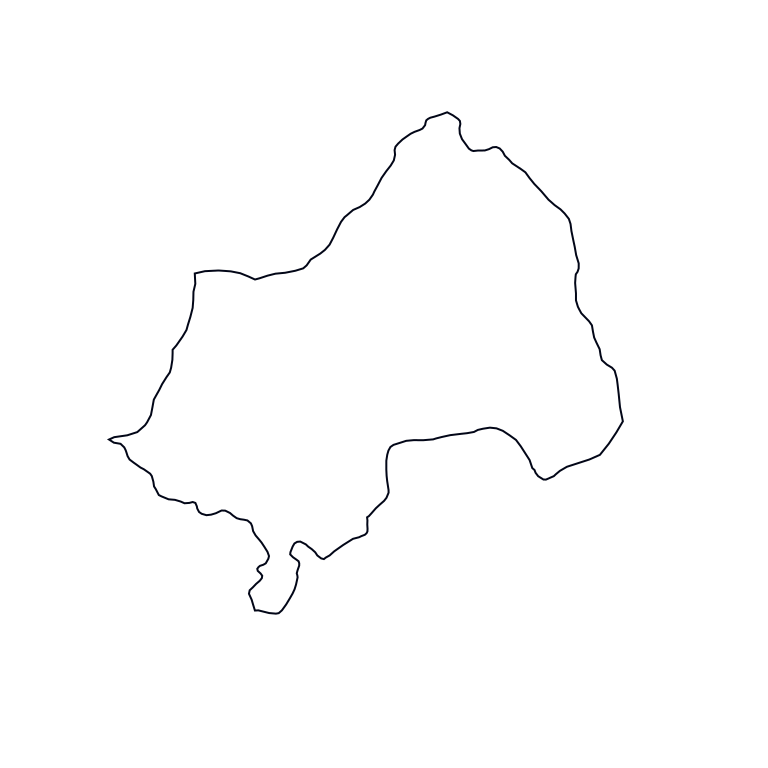 Trashiding, Daga, Bhutan, rotated 35°
{"feature_id": "84629894B27572863852317", "entity_name": "Trashiding", "entity_type": "district", "adm_level": 2, "iso_a3": "BTN", "parent_name": "Bhutan", "parent_adm1": "Daga", "projection": "albers", "projection_center": [89.999, 26.91], "detail": "fine", "context": "isolated", "style": "outline", "palette": "ink", "viewbox_px": 768, "rotation_deg": 35, "n_neighbors": 0, "source": "geoboundaries", "source_scale": "gbopen_adm2", "svg_char_len": 3957}
<svg xmlns="http://www.w3.org/2000/svg" viewBox="0 0 768 768"><g transform="rotate(35 384 384)"><path d="M601.1,277.6L590.6,267.6L582.0,257.6L575.8,250.6L571.7,246.1L565.3,240.8L561.4,239.9L555.4,240.3L548.8,239.5L545.0,236.3L540.7,231.8L534.2,228.2L529.5,225.4L525.1,221.2L520.7,216.7L516.0,215.0L505.1,212.9L501.1,210.9L498.5,209.5L493.3,205.4L489.3,199.7L482.6,191.6L479.4,186.3L478.2,184.1L478.2,181.1L477.2,177.7L475.7,175.5L474.3,173.5L467.5,168.2L461.5,162.2L457.4,158.4L449.8,151.2L445.0,145.9L440.7,142.7L434.1,140.7L428.4,139.7L421.1,139.6L416.1,139.0L413.1,138.7L402.4,135.9L392.3,133.9L385.0,131.8L378.4,129.5L373.1,129.4L362.4,129.7L358.0,128.6L352.1,127.7L348.0,125.6L343.7,124.7L340.0,125.5L337.3,127.7L335.3,131.4L332.7,134.8L329.6,137.1L326.9,139.0L323.6,141.9L321.6,142.5L318.5,142.5L312.8,140.5L307.5,138.7L302.5,135.4L299.1,131.2L297.4,127.2L295.3,125.0L292.7,124.4L286.3,124.4L279.9,125.2L276.0,130.8L272.0,136.0L269.2,139.3L268.0,141.6L267.4,143.8L268.2,146.2L269.2,148.4L269.0,152.7L267.5,155.5L264.4,159.9L262.3,163.7L260.5,168.6L258.9,173.1L257.7,178.9L257.3,183.0L258.5,186.3L261.6,189.9L263.8,195.2L264.2,201.2L263.8,208.4L263.8,216.5L264.6,222.7L264.9,225.0L265.7,232.0L266.3,235.2L266.3,241.5L265.1,247.0L262.6,253.0L258.9,259.1L257.9,262.9L256.8,267.2L256.0,269.9L255.8,275.8L256.9,284.2L258.5,293.3L259.5,301.1L258.7,308.0L257.0,313.7L255.6,317.0L252.6,324.1L252.6,331.2L251.5,335.6L246.4,342.1L239.2,349.6L231.8,355.9L226.5,362.0L221.4,368.8L218.4,372.4L211.3,373.7L202.7,375.7L193.9,379.6L189.2,382.4L183.4,385.9L172.6,394.3L165.6,402.0L172.0,410.2L175.0,417.7L179.6,424.6L183.6,431.4L186.9,440.1L189.4,447.9L191.2,453.0L191.8,460.7L191.8,471.5L191.2,477.2L193.1,479.9L196.8,485.6L200.3,492.8L201.9,497.4L201.9,503.3L202.2,509.1L202.3,511.3L203.3,517.8L203.9,523.9L204.4,528.8L207.9,536.4L210.9,543.1L211.9,551.3L211.9,554.9L209.5,564.9L203.1,573.3L193.5,582.3L190.6,587.2L196.4,587.0L202.5,584.1L207.6,584.9L210.5,586.5L212.4,587.9L215.4,590.2L218.9,591.8L224.1,592.0L226.8,592.0L232.4,592.1L236.1,591.6L243.9,591.6L246.6,592.6L251.1,596.3L254.4,599.8L257.3,601.0L263.2,604.1L266.1,603.7L273.7,602.0L279.2,598.8L284.9,596.9L289.0,596.1L292.7,593.1L295.0,590.4L297.7,589.6L300.9,591.6L302.4,593.1L305.9,594.9L309.1,594.9L313.8,593.3L317.3,590.2L320.4,586.3L323.5,580.8L326.6,578.8L331.9,578.0L335.8,578.4L340.3,578.4L343.8,577.2L347.1,575.5L350.4,574.1L354.9,574.5L357.5,576.1L361.2,579.6L365.7,581.7L371.1,583.1L374.6,584.1L379.4,586.0L384.8,588.3L388.5,590.9L389.5,593.5L390.0,598.7L388.8,601.3L386.7,604.1L386.2,606.0L386.2,608.1L387.8,609.5L391.6,610.0L394.2,610.9L395.3,613.1L395.1,616.4L393.9,621.1L393.2,625.8L392.3,630.0L393.7,633.3L399.3,636.6L402.8,639.4L408.2,643.6L410.9,641.5L421.3,637.5L427.2,634.1L429.2,632.1L430.2,628.0L430.3,620.7L429.8,613.4L429.3,608.0L428.5,603.5L427.0,598.8L425.2,594.5L424.1,591.9L422.8,590.5L421.1,589.1L420.0,586.0L418.7,581.4L417.4,579.5L415.7,578.2L412.6,578.1L408.8,578.1L404.9,577.4L403.8,575.4L402.4,569.5L402.1,566.0L403.4,563.1L405.8,561.1L412.0,560.2L415.2,560.7L419.5,560.7L424.2,561.3L427.7,562.7L432.6,562.9L435.2,561.9L435.9,559.5L437.8,555.6L439.2,549.6L442.9,539.3L447.4,528.6L451.5,523.8L452.7,521.6L454.8,518.5L455.3,516.2L455.0,514.3L453.6,512.1L450.9,508.7L448.7,505.3L446.6,502.9L447.4,500.9L447.9,497.0L448.6,490.5L449.7,485.4L451.1,479.7L451.3,475.8L450.1,470.4L448.5,468.2L442.2,461.6L438.8,457.7L435.0,452.8L429.9,445.5L427.2,440.0L425.8,435.9L425.4,431.9L426.7,428.4L431.0,422.8L434.8,417.8L440.6,412.9L448.3,407.6L456.0,401.2L457.9,398.7L461.8,394.2L467.6,387.9L476.3,380.1L480.2,376.7L482.5,374.4L485.2,371.7L487.2,367.8L490.7,363.9L495.8,359.0L501.6,355.8L508.2,354.2L516.4,354.0L524.2,354.1L531.8,356.6L546.9,362.8L553.7,367.8L556.6,368.1L559.1,369.8L563.2,371.1L569.4,370.8L571.5,369.4L576.0,362.0L576.5,359.5L577.9,354.3L581.3,346.9L595.5,328.1L601.5,318.2L602.4,304.0L602.1,290.4L601.1,277.6Z" fill="none" stroke="#020617" stroke-width="2"/></g></svg>